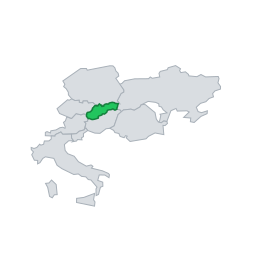 Slovakia highlighted, Robinson projection, rotated 347°
{"feature_id": "SVK", "entity_name": "Slovakia", "entity_type": "country or territory", "adm_level": 0, "iso_a3": "SVK", "parent_name": "Europe", "parent_adm1": "", "projection": "robinson", "projection_center": [19.621, 48.681], "detail": "fine", "context": "with_neighbors", "style": "filled", "palette": "green", "viewbox_px": 256, "rotation_deg": 347, "n_neighbors": 8, "source": "natural_earth", "source_scale": "50m", "svg_char_len": 5828}
<svg xmlns="http://www.w3.org/2000/svg" viewBox="0 0 256 256"><g transform="rotate(347 128 128)"><path d="M200.0,127.8L203.1,129.6L209.2,129.1L208.3,131.8L201.7,133.1L193.7,137.5L190.2,135.9L191.4,132.4L184.6,130.2L191.2,126.2L189.3,124.5L179.8,122.6L179.2,119.8L173.7,120.8L167.3,130.4L164.4,129.2L161.6,130.4L158.9,129.0L160.4,128.2L162.8,123.2L162.3,121.8L169.4,122.0L166.4,118.2L165.3,115.0L163.1,113.8L163.4,111.3L160.6,109.2L153.6,106.6L145.8,108.5L144.4,110.2L138.0,112.1L135.1,110.3L127.6,109.4L125.1,111.0L124.6,109.0L121.3,107.0L124.0,102.0L125.3,102.4L123.7,99.0L129.0,92.8L131.9,92.0L132.4,89.9L129.3,83.5L132.1,83.2L135.3,81.2L145.6,81.6L159.1,84.6L161.2,83.3L162.8,85.0L170.4,85.4L170.5,81.7L172.2,80.1L179.4,80.0L180.7,78.3L188.4,77.9L192.5,82.1L191.2,83.6L191.9,85.9L196.6,86.2L199.0,89.4L199.0,90.9L206.7,93.5L211.1,92.3L215.1,95.7L227.5,98.1L227.8,100.3L225.8,104.2L227.5,108.4L226.8,110.9L221.1,111.4L218.2,113.5L218.3,116.9L213.6,117.5L209.8,119.9L204.2,120.3L199.2,123.1L200.0,127.8Z" fill="#d9dde1" stroke="#a8b0b8" stroke-width="1"/><path d="M128.7,66.3L129.0,69.6L130.7,72.4L130.7,75.3L127.3,76.8L132.4,89.9L131.9,92.0L129.0,92.8L123.7,99.0L125.3,102.4L118.3,99.1L114.1,100.2L111.3,99.4L107.8,101.0L104.8,98.3L102.4,99.3L99.3,95.2L95.0,94.8L94.4,92.5L90.4,91.6L89.5,93.5L86.3,92.0L86.7,90.0L82.4,89.3L79.7,87.0L77.4,82.3L77.9,79.7L76.6,75.8L74.6,73.2L76.3,71.2L75.1,67.5L95.2,59.4L100.9,60.7L101.3,62.5L124.3,63.3L127.3,64.1L128.7,66.3Z" fill="#d9dde1" stroke="#a8b0b8" stroke-width="1"/><path d="M90.8,105.6L90.3,112.3L87.0,112.3L88.1,113.9L84.8,120.0L79.6,120.2L76.5,121.9L63.0,119.4L61.7,116.8L55.7,118.1L55.0,119.5L45.7,116.9L46.5,113.7L48.3,113.3L51.3,115.4L52.2,113.4L57.5,113.7L61.8,112.4L64.7,112.6L66.5,114.1L67.1,112.8L66.4,108.0L68.6,107.0L70.8,103.5L75.1,106.0L80.7,102.3L85.2,104.6L88.0,104.2L90.8,105.6Z" fill="#d9dde1" stroke="#a8b0b8" stroke-width="1"/><path d="M121.3,107.0L124.6,109.0L125.1,111.0L121.4,112.6L115.0,122.8L110.2,124.2L106.4,123.8L99.5,126.9L94.5,125.5L88.2,121.4L87.0,118.8L86.0,118.7L88.1,113.9L87.0,112.3L90.3,112.3L90.8,109.2L96.0,111.9L101.1,111.0L101.5,109.5L110.3,107.7L113.6,105.4L120.0,107.7L121.3,107.0Z" fill="#d9dde1" stroke="#a8b0b8" stroke-width="1"/><path d="M158.9,129.0L161.6,130.4L164.4,129.2L167.3,130.4L167.5,132.4L164.6,134.0L162.7,133.3L161.4,142.5L153.2,138.9L146.1,140.7L143.1,142.6L127.0,141.6L124.0,137.1L125.4,135.8L123.9,134.9L122.0,136.6L118.4,134.4L117.9,131.3L114.2,129.5L113.5,127.1L110.2,124.2L115.0,122.8L121.4,112.6L127.6,109.4L135.1,110.3L138.0,112.1L144.4,110.2L145.8,108.5L148.3,108.5L150.2,109.2L157.8,119.1L157.6,125.6L158.9,129.0Z" fill="#d9dde1" stroke="#a8b0b8" stroke-width="1"/><path d="M51.4,118.4L55.0,119.5L55.7,118.1L61.7,116.8L63.0,119.4L71.5,121.3L70.8,125.0L72.1,128.2L67.3,127.1L62.3,129.8L61.7,135.7L63.5,139.5L69.2,143.4L72.1,149.7L78.8,155.8L83.7,155.7L85.2,157.4L83.4,158.9L93.5,164.0L98.8,168.0L99.4,169.4L98.3,172.1L94.8,168.6L89.4,167.3L86.7,172.2L91.2,175.1L90.4,179.1L87.8,179.5L84.3,186.1L81.7,186.7L83.1,180.2L84.5,178.6L80.2,170.3L77.7,169.3L75.9,166.1L71.9,164.7L69.3,161.6L64.7,161.1L54.5,152.8L50.5,148.4L48.9,140.9L41.0,137.5L38.1,138.5L34.4,142.0L31.8,142.6L32.7,139.3L29.5,138.3L28.2,132.4L30.5,130.1L28.9,127.3L29.3,125.2L31.8,126.8L34.7,126.5L38.3,123.9L39.2,125.1L42.1,124.9L43.6,121.8L48.0,122.8L50.7,121.5L51.4,118.4ZM69.4,185.7L80.7,184.2L78.3,190.3L79.2,192.6L77.8,196.6L61.1,189.0L62.1,185.0L69.4,185.7ZM38.6,163.8L41.8,161.5L45.3,166.9L44.0,177.0L41.2,176.5L38.5,179.0L36.2,177.0L36.4,167.8L35.2,163.4L38.6,163.8Z" fill="#d9dde1" stroke="#a8b0b8" stroke-width="1"/><path d="M71.5,121.3L76.5,121.9L79.6,120.2L84.8,120.0L86.0,118.7L87.0,118.8L88.2,121.4L83.3,123.3L82.7,126.4L80.5,127.1L80.5,129.2L76.1,127.9L75.0,129.1L70.7,128.9L72.1,128.2L70.8,125.0L71.5,121.3Z" fill="#d9dde1" stroke="#a8b0b8" stroke-width="1"/><path d="M79.7,87.0L82.4,89.3L86.7,90.0L86.3,92.0L89.5,93.5L90.4,91.6L94.4,92.5L95.0,94.8L99.3,95.2L102.0,98.9L98.0,100.6L96.3,103.3L91.6,104.0L90.8,105.6L88.0,104.2L85.2,104.6L80.7,102.3L75.1,106.0L64.6,98.5L63.2,93.2L75.5,86.9L77.0,87.7L79.7,87.0Z" fill="#d9dde1" stroke="#a8b0b8" stroke-width="1"/><path d="M123.9,102.1L123.8,102.4L123.6,102.7L123.3,103.1L123.0,103.6L122.7,104.5L122.5,105.0L121.6,105.9L121.5,107.1L121.4,107.2L119.4,107.6L119.1,107.5L118.8,107.3L118.7,107.1L118.4,106.6L118.1,106.4L117.8,106.2L117.5,106.0L117.1,106.0L116.0,106.3L115.2,106.3L114.7,106.2L114.0,106.0L112.7,106.0L111.8,106.2L111.7,106.4L110.8,107.9L109.6,108.5L108.5,109.0L108.2,109.1L107.7,109.0L107.1,108.6L106.6,108.5L106.2,108.5L105.8,108.9L105.7,109.3L104.5,109.6L102.4,109.7L101.6,110.1L101.4,110.6L101.4,110.9L101.5,111.2L101.3,111.6L101.2,111.7L99.7,111.8L97.8,111.9L96.6,111.9L95.5,111.8L94.7,111.6L93.8,111.0L92.8,110.2L92.7,110.2L92.0,110.0L91.8,110.1L91.4,109.8L91.3,109.5L90.8,108.6L90.2,107.2L90.2,106.8L90.4,106.3L90.6,106.0L90.7,105.7L90.9,105.0L91.4,104.3L91.8,103.8L92.1,103.7L92.8,103.8L93.9,103.9L94.7,103.8L95.5,103.5L96.0,103.2L96.3,102.8L96.4,102.6L96.6,102.5L97.3,102.3L97.5,102.1L97.6,101.7L97.6,101.3L97.8,100.9L97.9,100.7L99.1,100.1L99.3,99.9L99.4,99.7L99.8,99.5L100.2,99.1L100.5,98.9L101.0,99.0L101.4,98.9L101.8,98.8L102.5,98.9L102.7,99.3L102.7,99.6L103.8,99.6L104.4,98.8L104.7,98.7L105.2,98.4L105.5,98.1L105.7,98.3L106.1,98.8L106.4,99.3L106.6,99.4L106.6,99.6L106.8,99.6L107.2,99.7L107.5,99.8L107.6,100.2L107.6,100.6L107.5,100.9L107.4,101.1L107.7,101.2L108.1,101.1L108.3,101.0L109.2,101.3L109.5,100.6L109.8,100.2L110.2,100.1L110.6,99.9L111.0,99.7L111.3,99.7L111.6,99.7L112.0,99.8L112.5,99.7L113.1,99.8L113.6,100.2L114.0,100.3L114.4,100.2L114.8,100.1L115.2,99.5L115.6,99.5L116.1,99.4L116.8,99.4L118.5,99.5L119.0,99.8L120.0,100.0L120.5,100.4L120.7,100.8L120.8,101.0L121.9,101.5L123.5,102.0L123.9,102.1Z" fill="#22c55e" stroke="#15803d" stroke-width="1.5"/></g></svg>